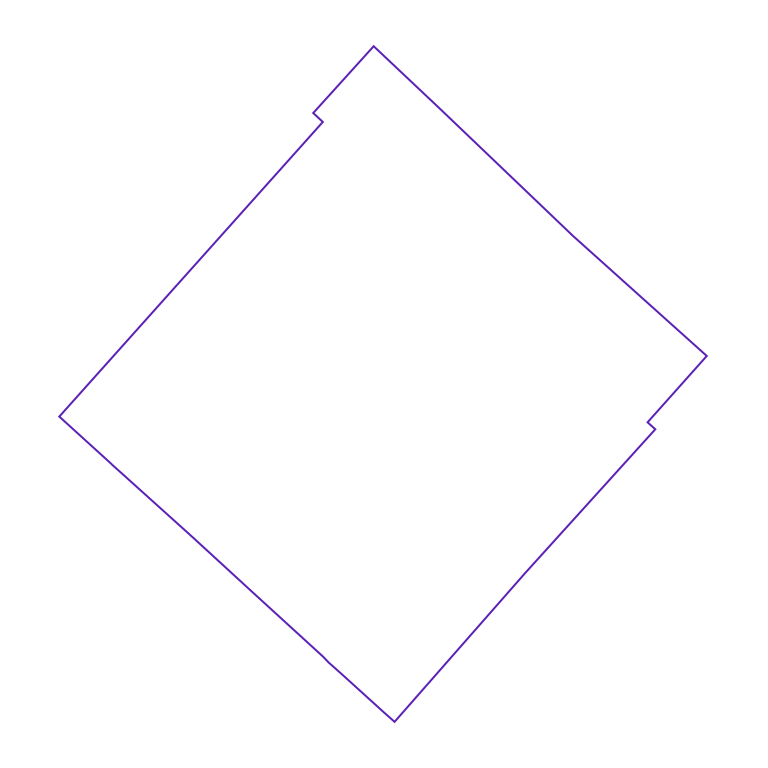 Clark, Kansas, United States of America (Natural Earth projection), rotated 42°
{"feature_id": "52423323B23094259623608", "entity_name": "Clark", "entity_type": "district", "adm_level": 2, "iso_a3": "USA", "parent_name": "United States of America", "parent_adm1": "Kansas", "projection": "natural_earth1", "projection_center": [-99.798, 37.237], "detail": "fine", "context": "isolated", "style": "outline", "palette": "violet", "viewbox_px": 768, "rotation_deg": 42, "n_neighbors": 0, "source": "geoboundaries", "source_scale": "gbopen_adm2", "svg_char_len": 453}
<svg xmlns="http://www.w3.org/2000/svg" viewBox="0 0 768 768"><g transform="rotate(42 384 384)"><path d="M617.9,628.0L615.4,430.2L615.9,236.1L605.5,236.1L605.1,147.2L424.9,147.5L240.6,142.0L150.3,139.9L150.1,230.0L163.2,230.2L164.5,625.5L233.8,625.8L236.4,625.9L237.4,625.9L242.5,625.9L341.5,625.9L415.4,626.6L424.7,626.7L425.2,626.7L521.6,627.4L529.0,628.0L548.2,627.9L603.9,628.1L617.9,628.0Z" fill="none" stroke="#5b21b6" stroke-width="2"/></g></svg>